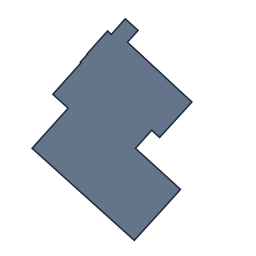 the district of Mayor Luis J. Fontana, Chaco, Argentina, rotated 42°
{"feature_id": "61730980B614313343840", "entity_name": "Mayor Luis J. Fontana", "entity_type": "district", "adm_level": 2, "iso_a3": "ARG", "parent_name": "Argentina", "parent_adm1": "Chaco", "projection": "equal_earth", "projection_center": [-60.743, -27.701], "detail": "fine", "context": "isolated", "style": "filled", "palette": "slate", "viewbox_px": 256, "rotation_deg": 42, "n_neighbors": 0, "source": "geoboundaries", "source_scale": "gbopen_adm2", "svg_char_len": 812}
<svg xmlns="http://www.w3.org/2000/svg" viewBox="0 0 256 256"><g transform="rotate(42 128 128)"><path d="M208.1,138.5L188.3,138.3L153.3,138.2L147.2,138.2L147.1,113.8L147.8,113.8L157.8,113.9L157.9,102.0L158.1,65.9L148.0,65.8L129.0,65.6L127.9,65.5L127.2,65.5L109.7,65.2L107.7,65.2L105.7,65.2L93.5,65.0L91.5,64.9L89.5,64.9L71.4,64.7L70.2,64.6L70.2,50.4L70.2,48.7L52.8,48.7L52.9,50.6L52.9,53.4L53.0,69.1L53.0,69.6L47.9,69.5L47.9,74.3L47.9,82.3L48.0,100.5L48.5,100.6L48.5,111.0L49.5,111.0L49.5,113.8L49.6,150.8L49.6,153.2L52.0,153.3L61.7,153.3L70.3,153.3L70.3,180.8L70.3,182.9L70.3,189.5L70.3,198.4L70.3,206.9L70.3,207.3L107.4,207.3L123.0,207.3L125.9,207.3L207.9,207.3L208.0,178.9L208.0,171.8L208.1,163.3L208.1,162.6L208.1,160.1L208.1,138.7L208.1,138.5Z" fill="#64748b" stroke="#1e293b" stroke-width="1.5"/></g></svg>